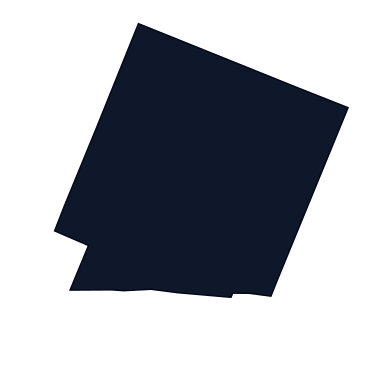 St. Lucie, Florida, United States of America, rotated 112°
{"feature_id": "52423323B58883260045522", "entity_name": "St. Lucie", "entity_type": "district", "adm_level": 2, "iso_a3": "USA", "parent_name": "United States of America", "parent_adm1": "Florida", "projection": "albers", "projection_center": [-80.381, 27.382], "detail": "fine", "context": "isolated", "style": "filled", "palette": "ink", "viewbox_px": 384, "rotation_deg": 112, "n_neighbors": 0, "source": "geoboundaries", "source_scale": "gbopen_adm2", "svg_char_len": 379}
<svg xmlns="http://www.w3.org/2000/svg" viewBox="0 0 384 384"><g transform="rotate(112 192 192)"><path d="M55.4,78.9L55.8,134.4L56.0,304.7L167.9,304.6L253.1,305.1L279.5,304.8L280.4,267.9L328.6,268.3L312.9,230.1L309.0,218.2L297.5,193.5L290.7,167.5L275.0,116.4L270.5,116.4L264.4,100.8L259.0,79.8L243.6,79.9L55.4,78.9Z" fill="#0f172a" stroke="#020617" stroke-width="1.5"/></g></svg>